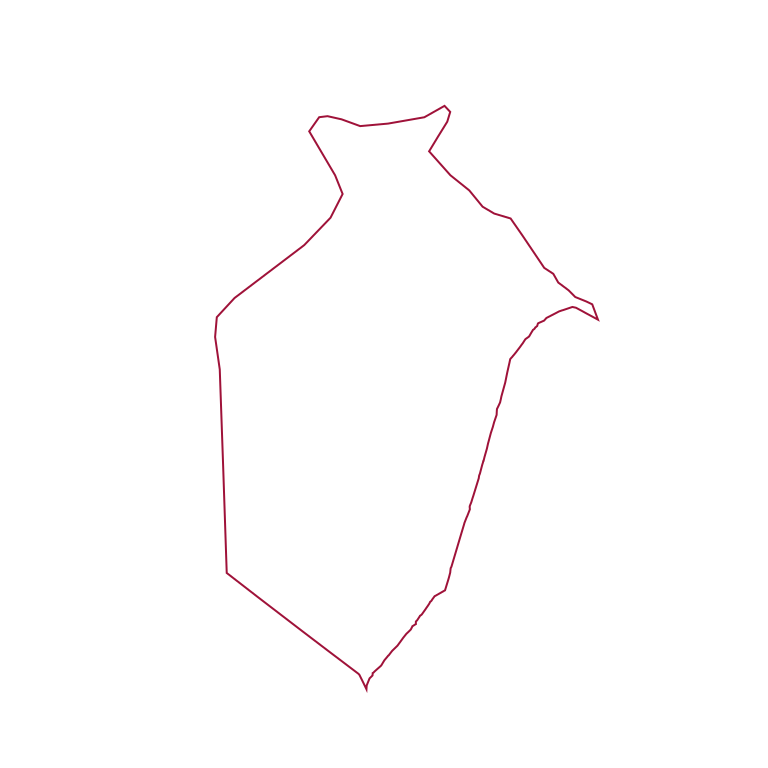 the district of Keilak, South Kordufan, Sudan, rotated 65°
{"feature_id": "16777658B16982967361933", "entity_name": "Keilak", "entity_type": "district", "adm_level": 2, "iso_a3": "SDN", "parent_name": "Sudan", "parent_adm1": "South Kordufan", "projection": "orthographic", "projection_center": [29.554, 10.642], "detail": "fine", "context": "isolated", "style": "outline", "palette": "rose", "viewbox_px": 768, "rotation_deg": 65, "n_neighbors": 0, "source": "geoboundaries", "source_scale": "gbopen_adm2", "svg_char_len": 2757}
<svg xmlns="http://www.w3.org/2000/svg" viewBox="0 0 768 768"><g transform="rotate(65 384 384)"><path d="M496.0,326.8L495.6,326.4L495.7,326.2L492.8,323.9L486.0,318.0L481.7,314.7L480.9,314.0L473.6,307.9L468.8,303.4L465.1,300.3L464.5,299.7L459.6,295.0L456.2,293.2L454.6,292.3L454.4,292.2L452.9,290.3L449.8,286.6L447.1,284.5L444.8,282.8L440.0,278.7L433.9,273.5L427.1,268.5L425.1,267.0L417.6,261.2L416.5,260.4L416.4,260.3L416.0,260.0L414.8,259.1L414.7,258.9L413.9,257.1L413.7,256.5L413.2,255.5L413.1,255.4L412.7,254.4L410.8,250.5L410.5,250.0L410.4,249.8L407.9,245.0L406.7,242.9L405.6,240.8L405.3,240.4L403.3,237.2L403.1,236.8L402.4,233.0L402.4,232.9L402.2,232.5L402.1,232.2L399.8,228.9L398.2,226.5L397.9,226.1L397.7,224.7L397.6,224.4L397.1,223.5L397.0,223.4L396.9,223.3L396.7,223.0L396.7,222.6L396.3,221.3L396.2,220.7L394.4,219.1L394.2,218.9L394.1,218.4L394.2,212.1L392.8,208.9L392.4,198.8L392.2,194.7L392.5,191.7L392.7,190.6L393.8,180.7L396.0,177.8L401.9,173.4L404.8,171.3L416.1,162.9L399.8,161.6L394.8,165.7L386.0,173.9L377.1,177.1L365.7,183.2L355.7,184.0L346.5,189.7L308.4,195.7L287.5,199.3L276.1,212.1L265.0,219.7L244.6,224.9L222.9,235.6L192.2,244.8L182.7,230.6L173.0,215.8L165.4,209.0L157.5,211.6L159.3,234.7L149.7,270.3L140.2,296.6L126.2,310.6L117.4,322.0L114.8,330.0L123.4,345.0L174.2,340.1L194.3,341.2L210.7,362.2L224.4,397.6L242.9,483.1L252.8,507.3L270.0,517.2L301.4,526.7L390.7,564.6L488.8,606.4L523.2,588.7L573.1,562.7L601.3,547.9L635.9,529.6L637.2,529.2L637.4,529.2L645.4,529.0L653.2,528.9L649.9,527.1L644.7,521.5L643.3,517.6L641.4,516.5L641.2,516.4L641.2,515.8L640.9,514.9L640.6,514.2L639.5,510.6L638.8,508.2L638.1,505.9L637.9,505.4L634.6,500.5L632.3,495.6L632.0,495.1L631.9,494.6L631.9,494.4L630.9,492.5L630.7,492.1L629.6,490.0L629.5,489.7L629.3,489.4L626.9,482.5L626.7,482.1L623.5,476.3L622.1,473.8L621.5,472.6L619.9,469.4L619.8,469.1L618.9,466.4L618.0,463.9L617.8,463.4L615.9,461.0L615.8,460.9L615.5,460.6L615.5,460.1L615.1,457.2L615.1,456.6L613.6,455.9L613.1,455.7L612.8,455.5L612.7,455.4L612.3,454.2L612.2,453.9L609.6,449.7L609.3,449.4L609.0,447.6L608.9,447.4L608.8,447.1L605.5,441.3L605.0,440.5L604.2,439.1L603.8,438.4L602.4,436.1L602.2,435.8L601.6,435.0L601.1,434.4L600.9,434.2L600.8,433.5L600.8,433.3L600.7,433.1L600.5,432.6L599.4,430.9L599.2,430.5L598.0,428.3L597.7,427.8L597.7,427.1L596.8,416.4L596.8,415.9L588.6,408.5L586.9,407.0L582.9,403.7L580.7,402.4L579.1,401.4L578.1,400.1L553.4,378.2L545.1,370.8L543.9,369.8L539.7,365.4L539.1,364.6L538.9,364.4L535.0,360.3L533.8,359.1L532.1,358.5L531.6,358.2L531.0,358.0L528.1,354.9L525.1,352.2L523.2,350.4L509.4,337.9L507.8,336.9L507.0,336.3L506.2,335.4L505.8,335.0L505.1,334.4L504.0,333.5L498.6,329.0L497.0,327.5L496.3,327.0L496.0,326.8Z" fill="none" stroke="#9f1239" stroke-width="2"/></g></svg>